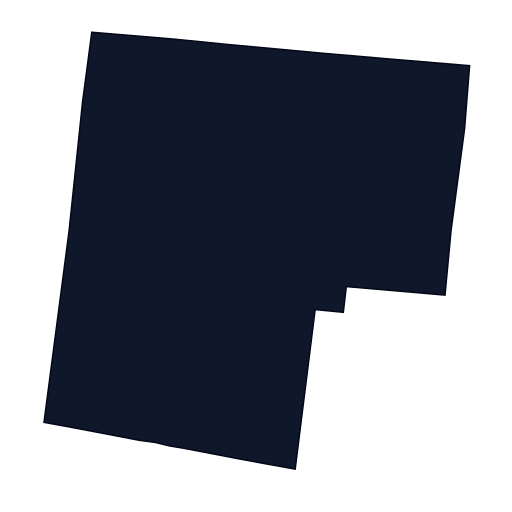 outline of Marion, Alabama, United States of America, rotated 275°
{"feature_id": "52423323B32339389880328", "entity_name": "Marion", "entity_type": "district", "adm_level": 2, "iso_a3": "USA", "parent_name": "United States of America", "parent_adm1": "Alabama", "projection": "equal_earth", "projection_center": [-87.968, 34.118], "detail": "fine", "context": "isolated", "style": "filled", "palette": "ink", "viewbox_px": 512, "rotation_deg": 275, "n_neighbors": 0, "source": "geoboundaries", "source_scale": "gbopen_adm2", "svg_char_len": 463}
<svg xmlns="http://www.w3.org/2000/svg" viewBox="0 0 512 512"><g transform="rotate(275 256 256)"><path d="M71.8,59.3L70.1,77.6L69.4,85.6L69.2,87.2L62.2,156.1L61.5,171.8L59.3,186.0L58.2,200.3L52.3,257.8L49.6,286.2L47.1,313.6L207.8,319.6L207.5,347.9L233.4,348.6L233.5,447.7L298.2,448.1L401.0,452.7L464.2,452.2L463.9,368.0L463.8,302.1L464.3,204.6L464.9,156.9L464.6,72.9L394.5,69.8L264.7,67.6L71.8,59.3Z" fill="#0f172a" stroke="#020617" stroke-width="1.5"/></g></svg>